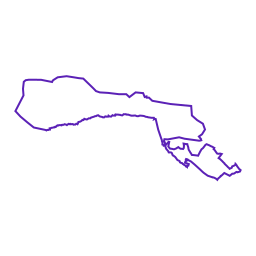 the district of Santa Cruz Mixtepec, Oaxaca, Mexico
{"feature_id": "50627088B82303244388896", "entity_name": "Santa Cruz Mixtepec", "entity_type": "district", "adm_level": 2, "iso_a3": "MEX", "parent_name": "Mexico", "parent_adm1": "Oaxaca", "projection": "orthographic", "projection_center": [-96.883, 16.781], "detail": "fine", "context": "isolated", "style": "outline", "palette": "violet", "viewbox_px": 256, "rotation_deg": 0, "n_neighbors": 0, "source": "geoboundaries", "source_scale": "gbopen_adm2", "svg_char_len": 5433}
<svg xmlns="http://www.w3.org/2000/svg" viewBox="0 0 256 256"><path d="M57.7,77.3L53.9,79.7L52.8,80.5L52.1,82.0L41.1,79.8L29.0,79.7L25.7,80.2L23.8,81.8L23.0,88.8L23.5,95.4L15.4,111.1L20.5,116.6L27.4,122.4L33.8,127.5L45.2,129.9L45.5,130.0L46.0,130.1L46.2,130.3L46.3,130.3L46.5,130.4L46.7,130.2L46.8,130.1L47.4,129.9L47.7,129.9L48.0,130.0L48.3,130.0L48.7,129.8L48.8,129.7L49.0,129.7L49.3,129.5L49.5,129.5L49.8,129.5L50.0,129.5L50.0,129.4L49.9,129.2L49.8,128.9L49.7,128.3L50.9,128.1L51.0,128.1L51.5,127.8L52.7,127.7L54.1,127.2L54.3,127.4L54.7,127.3L55.2,126.8L55.6,127.0L55.9,126.9L56.6,126.0L56.7,125.9L57.0,125.9L57.4,125.4L57.6,125.3L58.4,125.5L58.8,125.2L59.1,125.1L60.4,125.2L61.1,125.0L61.3,125.0L61.7,125.3L62.2,124.8L63.0,124.8L63.6,124.8L64.6,124.2L66.3,124.7L66.9,125.1L67.6,124.5L68.8,123.8L69.0,123.9L69.3,124.2L69.8,124.2L70.3,123.9L70.9,124.3L72.1,124.0L73.0,124.2L73.3,124.6L73.5,124.7L73.9,124.5L75.2,124.6L76.3,123.7L77.2,124.0L77.5,124.2L77.9,123.5L78.4,122.0L80.0,121.7L81.5,120.9L82.4,119.9L83.2,120.1L83.5,120.0L84.3,118.8L85.0,119.1L86.5,119.4L86.9,119.5L88.8,118.3L90.3,118.3L90.8,117.7L91.2,117.6L91.3,117.5L94.2,116.6L95.2,116.1L96.1,116.1L97.0,115.6L97.2,115.4L98.4,115.3L98.7,115.7L99.7,116.4L102.7,117.1L102.8,117.3L104.0,117.4L104.5,117.2L105.2,116.4L105.9,116.4L106.5,116.7L108.2,116.6L108.5,115.7L109.4,116.4L111.1,116.6L112.4,115.3L112.6,115.5L114.2,115.6L115.3,115.6L115.4,115.4L115.1,114.8L115.3,114.5L115.6,114.4L116.3,114.6L118.2,114.6L118.9,114.8L120.0,114.8L120.2,115.0L122.2,115.4L122.6,115.2L123.6,114.2L124.2,114.3L125.1,114.2L125.9,114.2L126.1,114.3L126.3,114.6L127.5,114.6L127.8,114.7L128.1,114.6L130.8,115.5L131.3,115.7L131.7,115.6L132.0,115.6L132.3,115.7L133.2,115.7L134.0,115.5L135.3,115.5L136.7,116.1L137.7,116.2L138.7,116.1L139.3,115.7L140.3,115.6L142.4,115.8L143.9,116.0L145.9,116.8L147.6,117.0L148.0,117.3L149.0,117.4L151.5,117.8L152.8,117.8L153.9,117.8L154.4,118.7L154.2,119.2L154.9,118.9L155.7,119.0L158.2,129.6L161.4,139.0L161.6,139.3L161.7,139.6L161.9,140.6L161.9,141.1L162.2,141.8L162.3,142.2L162.5,142.3L162.5,142.5L162.5,142.8L162.5,143.1L162.5,143.4L162.4,144.1L162.4,144.3L162.5,144.3L163.2,144.7L163.3,144.8L163.3,145.0L163.4,145.3L163.6,145.7L164.4,145.5L164.9,145.6L165.4,146.6L166.3,149.0L167.3,150.1L168.3,151.3L168.7,152.4L169.0,152.5L169.9,152.4L170.9,152.4L171.5,152.7L171.9,153.1L172.0,153.4L172.1,153.6L172.4,154.8L173.0,155.3L173.1,155.6L173.7,155.8L174.4,156.4L175.1,156.9L175.3,157.1L175.6,157.5L177.4,160.0L179.1,160.8L179.6,161.1L179.8,161.6L179.9,162.2L180.5,162.7L182.1,163.1L182.3,163.4L182.7,163.9L182.8,164.0L183.1,164.1L183.4,164.3L183.7,164.5L183.8,164.7L185.8,165.8L185.9,166.3L186.0,166.3L186.2,166.5L186.4,166.6L187.0,167.0L187.0,166.4L187.1,166.2L187.3,166.0L187.5,165.9L188.3,165.7L188.8,164.1L188.2,163.9L187.9,163.8L187.6,163.7L187.3,163.5L187.0,163.6L186.9,163.5L186.3,163.2L185.9,163.0L185.4,162.8L185.0,162.7L185.4,161.5L185.7,161.4L185.8,161.3L185.9,161.2L186.2,161.0L186.3,160.7L186.6,160.6L185.8,159.7L186.1,159.0L187.6,159.4L187.9,159.7L188.4,160.1L190.0,161.0L190.6,161.3L190.9,161.4L191.0,161.5L192.1,162.4L194.7,164.6L195.7,165.5L200.1,169.5L202.2,171.5L203.3,172.5L203.8,172.9L207.7,175.7L208.6,176.0L212.1,177.2L212.3,177.3L212.4,177.2L213.9,177.6L214.8,178.0L216.2,178.8L216.8,179.3L217.3,179.8L218.0,178.7L218.7,178.0L219.4,177.5L220.4,176.5L220.6,176.1L220.8,176.2L221.1,175.9L222.3,174.9L222.9,174.3L224.3,173.0L226.4,174.1L228.0,174.9L229.7,175.8L231.2,174.6L232.1,173.8L232.3,173.8L232.5,173.7L233.4,173.7L233.9,173.6L234.6,173.2L236.3,172.0L236.8,171.9L237.5,172.3L240.0,171.5L240.6,170.1L239.0,168.8L238.1,167.5L238.0,167.4L237.2,166.4L237.0,166.0L236.3,164.8L236.1,164.6L235.9,164.3L235.5,163.9L235.4,164.5L234.9,165.2L233.7,165.8L232.2,166.4L231.7,167.8L229.6,168.8L229.0,168.0L228.0,167.2L227.0,166.1L224.6,163.8L224.5,163.4L223.2,162.2L222.4,161.3L220.2,159.2L218.6,158.1L221.7,154.0L220.3,153.6L220.0,153.6L219.9,153.6L219.1,153.7L218.6,153.8L217.2,153.6L217.0,153.3L216.7,153.0L215.5,151.3L215.0,150.6L214.9,150.4L214.3,149.7L213.6,149.1L214.3,147.9L213.5,147.5L213.2,147.3L212.6,146.9L210.7,146.1L209.1,145.2L208.7,145.1L206.6,144.2L206.3,144.4L205.7,144.7L205.2,145.2L204.1,146.7L203.6,147.3L202.9,148.2L202.0,148.9L201.5,149.3L200.0,151.9L198.1,155.7L197.7,155.6L197.2,155.5L193.0,155.0L192.9,155.0L191.9,155.0L191.7,154.8L191.2,153.7L190.9,153.2L190.6,152.9L190.2,152.3L189.8,151.5L189.1,150.4L188.7,149.7L188.4,148.5L188.4,148.1L188.2,147.1L187.5,145.1L187.3,144.1L187.1,144.1L186.6,144.1L186.1,144.0L185.5,144.0L184.2,143.7L183.6,143.6L183.9,145.4L184.1,145.8L183.9,146.1L183.8,148.0L183.1,149.0L182.6,148.9L181.9,148.8L181.5,148.8L181.0,148.8L180.5,148.7L179.5,148.1L178.3,147.1L175.9,148.6L174.0,149.3L172.2,148.9L170.0,148.6L168.3,146.5L169.2,142.0L168.5,141.9L167.5,143.1L166.9,143.7L166.3,144.0L165.5,145.6L165.4,144.9L165.2,144.6L164.9,142.7L164.8,142.4L164.5,141.9L164.2,141.3L164.0,140.9L164.1,140.4L164.4,139.2L167.9,139.4L179.1,137.3L184.9,138.8L185.2,138.8L198.4,140.6L198.9,140.7L199.7,140.7L201.1,140.3L200.9,140.0L201.1,139.2L198.9,136.5L202.0,134.3L205.0,129.5L202.9,123.7L197.1,120.1L191.9,115.5L191.2,106.0L170.3,104.0L162.4,102.6L152.3,100.8L148.9,97.6L146.9,97.7L146.7,97.7L146.5,96.4L144.7,97.0L143.1,93.1L135.6,92.4L129.4,97.1L126.3,94.2L119.0,94.2L108.1,92.9L99.8,92.4L96.0,91.1L93.3,88.3L83.3,78.6L78.5,78.1L74.3,77.4L66.6,76.2L57.7,77.3Z" fill="none" stroke="#5b21b6" stroke-width="2"/></svg>